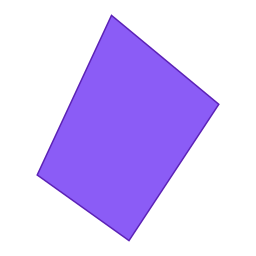 Vlahita, Harghita, Romania (orthographic projection)
{"feature_id": "2599482B7850722509394", "entity_name": "Vlahita", "entity_type": "district", "adm_level": 2, "iso_a3": "ROU", "parent_name": "Romania", "parent_adm1": "Harghita", "projection": "orthographic", "projection_center": [25.464, 46.349], "detail": "fine", "context": "isolated", "style": "filled", "palette": "violet", "viewbox_px": 256, "rotation_deg": 0, "n_neighbors": 0, "source": "geoboundaries", "source_scale": "gbopen_adm2", "svg_char_len": 190}
<svg xmlns="http://www.w3.org/2000/svg" viewBox="0 0 256 256"><path d="M218.8,104.3L111.5,15.4L37.2,175.0L129.0,240.6L218.8,104.3Z" fill="#8b5cf6" stroke="#5b21b6" stroke-width="1.5"/></svg>